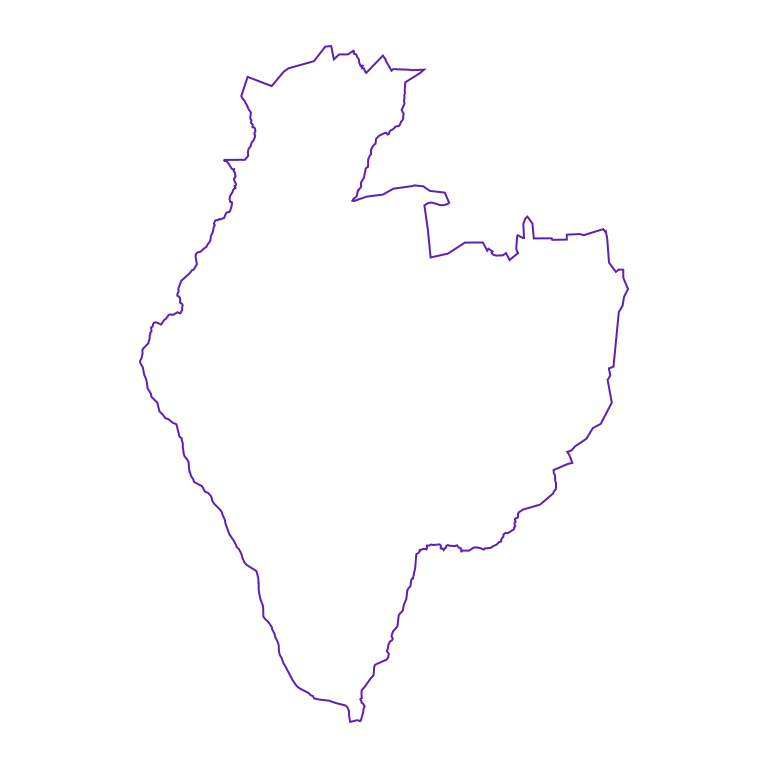 the district of Mutare, Manicaland, Zimbabwe
{"feature_id": "62879985B35185654442710", "entity_name": "Mutare", "entity_type": "district", "adm_level": 2, "iso_a3": "ZWE", "parent_name": "Zimbabwe", "parent_adm1": "Manicaland", "projection": "robinson", "projection_center": [32.311, -19.249], "detail": "fine", "context": "isolated", "style": "outline", "palette": "violet", "viewbox_px": 768, "rotation_deg": 0, "n_neighbors": 0, "source": "geoboundaries", "source_scale": "gbopen_adm2", "svg_char_len": 6084}
<svg xmlns="http://www.w3.org/2000/svg" viewBox="0 0 768 768"><path d="M350.2,721.9L356.7,720.3L358.4,720.3L359.9,721.2L360.7,720.8L363.2,712.4L363.5,708.7L364.7,706.3L363.1,703.8L361.6,702.7L361.4,701.3L360.4,699.5L360.5,698.8L361.8,698.2L361.5,693.8L361.7,690.2L364.6,687.0L370.1,679.2L373.6,675.0L374.2,667.1L374.8,665.1L376.4,664.1L386.4,659.7L388.2,657.4L388.8,653.8L386.8,651.0L387.7,649.2L388.3,645.0L390.1,641.4L391.9,640.4L392.7,639.2L392.7,638.6L391.5,636.1L392.2,633.5L393.1,631.3L396.8,627.2L397.5,625.8L398.7,615.4L399.5,614.1L402.8,610.6L403.8,604.9L406.3,599.1L407.4,590.0L408.5,588.3L410.3,586.6L411.4,579.6L412.1,578.5L412.9,578.6L415.2,568.0L416.3,554.2L418.0,553.3L420.0,550.9L419.7,550.1L422.8,549.1L425.7,549.0L426.4,549.4L426.9,548.2L427.0,545.6L429.3,545.6L430.8,544.5L433.1,545.0L439.6,544.4L440.7,545.4L441.0,546.5L440.6,548.1L441.5,548.8L442.8,548.5L443.7,550.0L444.7,548.4L446.1,547.5L446.3,545.8L447.8,545.1L450.2,545.8L454.7,546.1L457.0,545.3L458.6,547.4L460.8,548.4L460.7,549.4L461.2,549.7L460.9,549.6L461.4,551.5L461.8,551.4L462.0,550.5L468.9,550.7L473.7,547.6L476.9,547.4L480.9,548.3L483.8,549.6L484.6,548.5L490.7,547.9L492.7,546.3L496.7,544.6L498.7,542.4L501.2,541.4L501.3,539.6L502.0,538.0L503.2,537.0L503.6,534.3L505.6,532.9L507.1,533.2L508.5,532.8L514.2,529.0L514.1,527.6L515.3,526.1L514.7,525.0L514.5,522.8L515.6,521.8L514.8,519.0L515.3,518.5L517.1,518.0L518.0,517.2L518.1,513.8L518.6,512.5L522.9,509.6L540.1,504.6L552.9,493.7L554.1,491.1L555.8,489.2L556.0,487.5L556.0,483.0L555.2,481.0L555.1,476.2L554.7,474.5L553.8,473.3L553.6,470.0L567.6,464.0L572.3,462.9L569.3,454.9L567.2,451.9L571.5,450.5L575.1,446.3L586.4,438.8L592.8,428.1L600.8,423.8L611.8,402.6L607.6,379.8L610.3,375.6L608.9,368.4L613.5,366.6L618.8,312.1L622.6,305.6L624.0,297.0L628.0,289.0L623.3,277.8L623.3,269.8L619.0,269.5L615.9,271.9L609.0,262.6L607.2,238.6L606.0,232.4L605.9,232.7L603.3,229.1L583.7,235.2L579.7,234.0L566.8,234.7L566.8,239.6L552.2,239.8L551.7,238.3L533.8,238.4L532.4,223.4L527.4,216.6L525.3,218.6L523.3,223.9L524.0,238.0L522.9,238.0L517.8,235.2L517.3,235.6L516.2,248.2L516.8,250.9L518.1,253.0L509.6,260.0L506.0,253.1L502.9,255.3L496.2,255.6L493.0,254.6L491.5,252.8L492.6,251.5L488.4,248.7L487.2,250.6L482.9,242.5L464.8,242.6L448.0,253.6L430.6,257.5L427.9,229.8L424.4,205.4L428.0,203.1L430.7,202.6L432.7,202.8L440.6,205.2L442.9,205.2L447.0,204.3L449.2,202.8L444.7,192.6L430.0,190.9L423.2,186.3L414.4,185.4L412.8,186.0L393.3,188.7L382.9,194.6L366.8,196.6L353.9,201.0L352.4,200.8L353.6,198.7L356.1,196.9L356.8,195.9L358.0,190.5L358.4,190.6L358.9,189.5L361.1,186.9L360.9,182.8L364.0,177.5L365.7,168.6L366.3,167.9L368.0,166.8L368.2,159.4L369.6,156.1L371.1,154.1L370.9,150.4L372.2,147.3L374.3,144.4L375.5,143.8L376.1,138.7L379.2,135.7L384.9,132.9L386.2,132.9L387.7,134.5L388.4,134.4L389.0,133.7L389.6,131.5L390.2,130.7L393.4,129.0L395.5,126.6L398.8,126.0L399.9,124.6L401.0,121.8L402.3,120.5L403.2,118.7L403.2,115.8L403.7,113.8L401.6,110.0L404.5,103.7L403.9,99.9L404.5,98.3L404.3,95.7L404.9,93.4L404.7,90.6L405.3,82.3L420.0,73.1L424.0,69.7L411.2,70.2L410.5,69.8L393.2,69.1L391.6,70.7L385.7,60.6L385.8,59.8L382.9,55.6L366.2,72.9L365.3,72.0L364.1,68.5L362.0,68.3L361.9,67.3L362.8,65.8L362.1,65.4L360.9,66.1L360.3,65.4L359.1,62.3L358.8,59.2L357.3,57.2L356.2,54.4L353.8,53.6L353.9,51.2L353.4,50.7L348.0,54.4L339.1,54.4L333.9,59.4L331.2,46.1L325.3,46.6L313.9,61.2L288.5,68.3L283.8,71.6L271.7,86.1L247.6,76.9L241.3,96.1L242.1,97.8L245.1,101.6L245.4,102.9L246.5,104.3L248.5,109.1L250.9,112.5L250.2,118.0L250.7,119.4L251.5,120.3L250.9,122.6L252.9,124.9L252.3,126.8L252.6,127.3L254.4,127.5L255.1,129.0L255.4,131.7L254.4,132.9L254.4,134.2L255.1,135.1L255.1,136.5L253.6,140.3L251.8,142.2L250.7,146.0L248.5,149.0L247.9,152.3L248.2,155.7L245.0,159.8L224.5,159.9L224.2,160.6L224.9,161.1L226.0,160.8L227.9,162.7L231.3,168.1L232.6,169.4L234.1,169.2L233.8,171.4L235.1,172.9L235.0,174.6L235.7,176.1L234.0,178.9L234.3,180.6L236.0,184.0L235.7,185.3L234.5,186.2L235.5,187.5L235.5,188.1L234.3,188.6L233.1,190.0L232.4,192.3L230.1,196.0L229.5,199.2L230.4,202.1L231.7,202.0L232.1,203.2L231.2,207.6L230.0,210.9L229.2,212.1L227.0,212.3L225.9,213.4L224.2,217.8L223.7,218.3L222.4,218.3L220.9,219.4L219.4,219.0L217.7,220.3L216.2,220.0L215.1,220.8L213.9,223.7L214.7,224.9L214.6,225.6L213.8,227.0L212.7,232.3L210.8,236.4L210.5,239.9L209.8,241.7L207.7,244.3L206.5,246.8L203.2,249.1L200.7,251.6L197.4,252.5L196.3,253.8L195.7,254.7L195.6,256.8L196.9,264.2L193.7,269.6L191.8,270.4L190.0,272.9L181.2,280.9L178.4,288.6L178.6,291.7L177.4,293.8L177.3,295.2L177.6,296.0L178.9,296.4L179.7,297.5L180.3,300.3L180.0,302.6L181.9,303.7L182.7,305.3L182.1,307.7L182.2,310.0L180.3,313.2L179.7,313.4L177.5,312.2L173.2,314.9L170.2,314.4L168.7,314.9L165.7,319.0L164.1,320.0L161.2,324.5L156.1,322.3L154.0,322.7L153.1,324.1L152.6,326.6L151.1,327.4L151.5,331.2L150.2,332.9L150.3,334.7L149.7,335.4L149.6,338.4L148.4,343.2L142.8,349.0L142.3,350.8L142.6,353.0L141.6,358.1L140.1,360.9L140.0,361.9L140.8,364.0L142.7,367.0L144.3,375.1L145.9,378.5L146.9,382.3L147.5,388.1L151.0,394.0L151.4,396.8L157.4,402.7L159.4,411.4L162.6,414.4L165.2,418.1L168.3,419.1L172.7,422.7L176.4,424.3L178.9,434.2L178.9,435.4L180.2,437.4L181.6,438.0L181.8,440.2L182.9,443.9L182.7,446.4L183.9,454.5L184.5,456.1L187.7,460.3L188.7,462.5L189.0,468.2L189.6,472.0L189.9,472.0L191.1,476.2L193.1,479.0L194.1,482.0L202.1,486.2L204.8,491.4L208.3,493.1L210.5,495.5L211.7,497.9L212.3,500.8L213.9,503.5L220.1,509.7L222.0,512.3L222.4,514.4L224.9,519.9L225.4,523.3L229.3,534.1L234.1,541.2L236.4,545.9L236.5,546.7L238.8,549.0L241.3,553.7L242.5,558.1L244.2,562.0L246.7,565.0L256.4,571.0L258.3,578.2L258.4,582.5L258.7,582.6L258.7,590.2L259.2,593.5L260.5,599.3L263.1,606.3L263.4,616.7L265.0,618.9L268.2,621.8L271.8,627.1L272.2,629.4L274.4,633.5L275.4,637.4L277.5,641.5L278.7,645.2L278.9,650.8L279.8,655.0L281.5,657.8L283.6,663.6L285.0,665.5L292.4,679.8L296.7,686.1L300.2,688.7L308.4,692.9L310.8,695.3L313.0,696.1L314.1,698.4L319.5,699.6L329.2,700.7L336.1,703.1L345.6,705.5L347.3,707.2L348.9,710.7L349.2,716.6L350.2,721.9Z" fill="none" stroke="#5b21b6" stroke-width="2"/></svg>